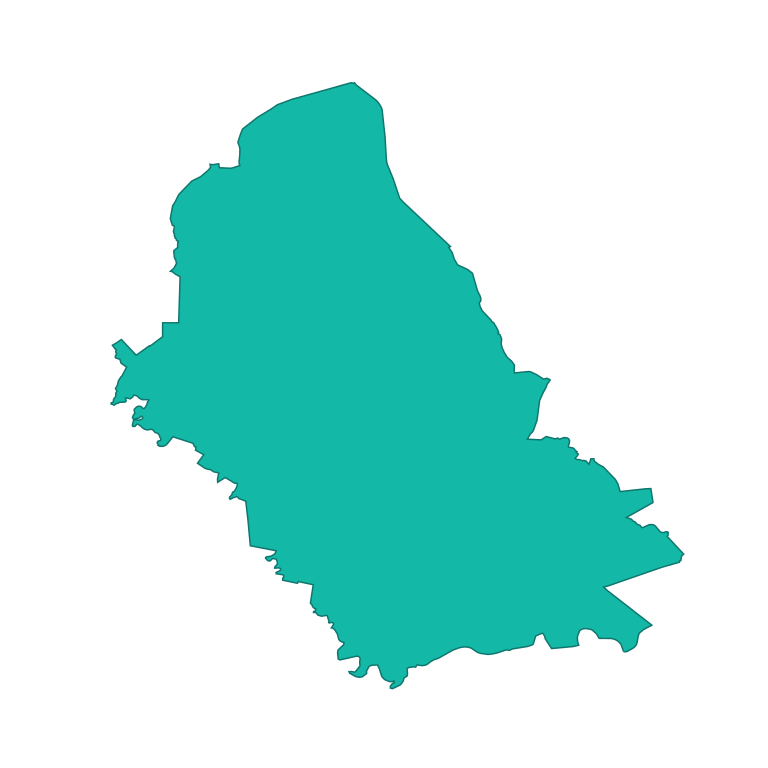 Cociuba Mare, Bihor, Romania, rotated 172°
{"feature_id": "2599482B9172762662109", "entity_name": "Cociuba Mare", "entity_type": "district", "adm_level": 2, "iso_a3": "ROU", "parent_name": "Romania", "parent_adm1": "Bihor", "projection": "robinson", "projection_center": [22.04, 46.715], "detail": "fine", "context": "isolated", "style": "filled", "palette": "teal", "viewbox_px": 768, "rotation_deg": 172, "n_neighbors": 0, "source": "geoboundaries", "source_scale": "gbopen_adm2", "svg_char_len": 6128}
<svg xmlns="http://www.w3.org/2000/svg" viewBox="0 0 768 768"><g transform="rotate(172 384 384)"><path d="M647.6,460.2L645.4,456.2L644.2,455.2L645.2,453.6L645.2,452.8L644.5,451.3L646.2,449.1L646.4,448.1L646.0,447.1L642.1,445.2L641.5,441.2L636.5,436.6L642.2,428.6L643.8,427.4L646.5,424.1L648.4,419.5L650.5,417.0L650.5,416.5L649.4,414.3L650.9,412.2L651.5,408.7L652.8,407.8L654.1,406.2L654.5,403.7L656.6,403.4L657.1,402.4L654.2,400.6L651.6,401.9L649.8,402.0L648.6,402.7L643.0,402.1L642.1,402.6L641.6,403.5L642.0,406.0L640.2,405.9L637.5,404.6L634.8,406.0L633.5,407.6L632.9,407.7L630.2,406.6L628.1,403.8L625.7,402.2L619.1,401.2L619.1,400.5L620.6,399.2L621.6,396.9L623.3,394.5L624.8,393.2L626.2,393.4L627.8,395.6L630.0,396.2L632.1,395.7L634.8,393.8L635.1,392.4L634.7,389.8L636.4,388.3L637.5,386.4L637.7,385.6L637.3,384.6L636.6,383.9L631.5,384.3L628.9,385.9L628.1,385.6L627.6,384.0L628.5,382.9L632.3,382.2L634.9,383.2L637.1,382.9L639.0,378.0L638.6,376.9L636.4,376.7L634.4,378.6L633.6,378.6L630.9,376.4L629.2,374.1L627.0,372.3L624.5,371.4L620.8,371.6L619.4,370.8L617.4,367.8L614.7,366.6L613.5,364.1L613.4,362.8L612.5,360.1L613.5,359.1L615.7,358.9L616.7,357.8L616.8,357.1L615.8,355.0L616.3,354.6L614.5,353.5L611.3,353.0L608.6,353.8L607.1,354.8L600.4,361.1L581.4,351.9L580.5,348.8L580.1,348.2L578.9,347.8L579.9,344.7L572.3,339.1L579.7,331.5L573.0,325.4L569.7,323.8L568.1,323.6L564.8,320.7L560.0,319.0L562.1,313.1L562.4,309.8L554.2,313.5L545.8,306.6L543.2,306.2L543.5,304.0L544.9,301.4L547.0,298.7L549.0,297.9L550.2,295.4L552.5,293.6L553.0,292.7L552.4,291.2L548.6,292.5L545.6,293.0L544.5,292.3L543.5,290.5L541.7,289.8L537.2,287.1L537.6,269.1L538.9,242.4L514.1,233.9L515.0,231.9L516.4,230.6L519.9,229.2L524.5,229.2L525.4,228.5L525.6,228.0L523.8,225.4L522.2,224.6L521.1,224.8L518.6,226.7L515.2,225.6L514.6,223.7L514.5,220.6L517.8,217.8L517.8,216.8L514.0,216.6L512.5,216.0L512.0,215.1L512.7,214.0L513.5,213.5L517.1,212.4L517.2,211.1L510.3,209.0L509.9,208.3L510.1,207.1L511.3,205.8L511.6,203.8L497.4,198.7L496.4,200.3L482.0,195.1L487.4,177.2L486.1,175.3L485.6,173.3L484.0,171.3L482.9,171.1L483.4,169.0L485.5,168.3L485.6,167.5L483.7,167.3L482.9,166.7L481.8,164.5L479.5,163.3L477.7,162.7L473.6,162.9L472.4,162.5L472.0,159.2L471.4,157.2L472.0,156.0L471.8,155.2L471.1,154.9L469.1,155.3L467.5,154.3L467.4,152.9L470.1,149.8L469.1,149.6L467.0,147.6L465.0,143.0L464.3,137.3L463.7,136.2L461.6,134.3L459.6,133.7L460.3,131.4L466.6,126.9L467.4,124.1L467.6,117.9L466.0,116.9L449.2,118.3L447.6,118.0L446.7,117.4L445.8,115.9L446.8,111.7L447.0,108.2L452.1,103.3L453.1,102.7L456.1,103.8L458.7,104.0L458.2,102.3L452.7,98.2L449.2,97.0L446.2,97.1L441.5,99.7L441.2,102.2L438.2,106.3L436.9,106.9L434.8,107.2L429.6,106.7L428.2,102.5L426.9,94.6L425.3,92.2L424.2,91.0L420.5,88.8L418.7,88.2L415.5,88.5L415.3,86.8L416.3,86.8L418.3,85.4L419.8,83.7L420.1,82.0L417.9,81.1L409.6,83.8L407.2,86.1L406.1,87.5L405.3,89.9L401.7,91.7L401.0,93.9L400.9,98.0L400.3,99.1L399.2,99.8L394.1,99.8L392.1,99.2L390.4,101.2L385.5,99.8L382.1,99.8L379.6,100.7L376.4,102.6L372.3,104.2L368.7,104.7L352.4,111.0L345.8,112.4L341.3,112.5L337.7,111.8L334.5,110.4L329.0,105.4L325.9,103.8L318.5,101.7L313.9,101.6L309.8,101.9L300.4,103.6L298.5,103.4L296.9,102.7L293.6,103.8L278.5,104.1L274.5,104.8L272.5,105.5L268.8,113.4L262.0,115.2L261.5,115.0L260.6,113.3L259.9,111.4L259.9,109.5L254.9,98.7L233.1,97.7L227.5,98.2L228.1,101.4L227.9,105.5L227.2,108.0L224.7,112.2L223.7,113.1L221.6,113.8L218.9,113.9L214.9,112.8L212.8,111.9L211.8,111.1L208.3,106.9L206.6,102.6L205.8,102.1L194.4,100.4L190.7,98.9L187.9,96.6L185.6,93.4L184.1,86.3L183.3,85.4L180.8,85.2L174.7,87.5L172.7,88.5L170.6,90.4L169.4,92.7L167.2,99.3L165.8,101.8L160.9,104.8L152.3,107.9L191.7,148.5L194.7,152.4L190.0,152.9L134.1,163.9L116.2,166.4L115.9,167.7L114.6,167.8L113.4,172.1L110.9,173.8L124.7,193.5L124.4,194.2L123.8,194.6L123.5,196.4L123.1,197.3L124.0,198.2L125.5,198.5L127.4,197.9L130.0,198.5L131.1,199.3L135.0,205.5L136.0,206.6L138.0,207.5L140.9,207.8L148.1,205.7L149.3,206.8L150.0,208.3L152.8,209.9L154.6,212.5L156.4,213.6L157.8,215.7L162.6,218.1L134.1,229.2L134.3,243.3L139.2,243.8L165.1,244.6L166.3,252.6L168.3,257.5L178.4,271.4L182.8,274.5L186.1,278.0L186.7,279.6L186.5,280.7L189.7,281.1L190.3,279.4L192.3,276.0L194.6,279.6L196.7,280.5L198.4,280.6L201.7,282.1L203.8,282.4L205.1,284.0L203.1,285.4L201.3,287.5L203.1,289.5L202.3,290.1L204.1,292.0L204.9,293.7L206.3,294.6L209.7,295.6L210.3,296.4L208.8,299.5L208.1,302.2L208.8,304.1L210.3,305.2L213.1,305.9L218.1,304.9L219.4,306.3L221.5,305.9L222.8,306.1L230.7,309.4L236.2,306.8L249.7,309.4L245.8,314.4L244.2,315.3L242.4,317.4L237.5,326.8L232.2,346.0L227.6,353.3L223.7,358.5L222.6,360.9L218.9,364.8L219.6,365.8L220.9,366.1L221.2,366.7L222.1,367.0L225.3,366.6L231.8,372.2L236.9,375.5L238.6,376.2L253.3,376.8L253.2,379.4L252.2,384.5L254.6,389.1L258.3,393.3L260.7,399.0L262.0,403.6L262.4,407.4L261.4,411.3L261.4,413.2L262.4,417.0L264.0,417.7L264.2,418.1L264.1,418.6L263.2,419.3L264.6,424.0L266.9,429.4L268.6,430.9L269.0,432.2L276.6,442.9L278.1,447.7L278.3,451.2L276.7,452.6L276.2,454.9L276.6,457.9L278.4,463.1L281.0,481.4L285.3,485.8L294.5,491.7L297.0,497.8L298.2,504.7L300.9,510.4L299.1,510.9L339.8,561.7L342.6,565.7L346.4,586.3L350.1,600.6L350.4,603.1L350.3,607.6L348.6,628.3L347.7,655.3L348.1,658.3L350.0,662.6L352.2,666.0L370.2,684.3L371.2,686.4L372.2,686.1L374.8,686.9L435.1,678.8L450.7,675.4L457.5,672.0L472.1,665.7L488.2,656.4L488.9,655.7L491.6,650.9L495.1,643.6L494.1,639.4L494.0,636.4L495.0,630.7L496.7,623.8L496.6,621.6L496.3,620.4L503.7,619.1L506.0,619.0L517.0,621.1L517.0,625.1L523.0,625.0L525.7,625.8L525.6,622.8L527.8,620.5L536.8,614.8L546.0,611.8L556.7,603.5L561.0,600.0L565.2,593.8L568.5,589.9L572.6,577.5L571.5,570.7L569.9,569.9L569.9,568.1L571.3,564.4L571.1,562.5L570.6,562.0L571.0,559.9L570.5,559.1L570.7,557.9L569.6,556.6L569.5,555.1L567.9,554.0L567.8,553.6L568.6,552.7L569.4,547.8L573.4,545.5L573.8,544.0L573.9,538.3L572.9,535.1L572.7,532.3L576.0,527.8L579.8,525.4L577.9,524.6L575.2,521.7L571.0,518.6L578.8,473.2L594.7,475.4L596.7,461.6L610.6,454.0L611.0,454.5L625.4,447.0L637.9,464.6L643.9,461.6L647.6,460.2Z" fill="#14b8a6" stroke="#0f766e" stroke-width="1.5"/></g></svg>